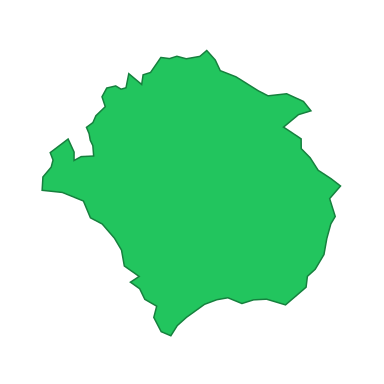 the district of Elia Lefkosias, Cyprus, rotated 350°
{"feature_id": "46923920B42441045079611", "entity_name": "Elia Lefkosias", "entity_type": "district", "adm_level": 2, "iso_a3": "CYP", "parent_name": "Cyprus", "parent_adm1": "", "projection": "mercator", "projection_center": [32.918, 35.141], "detail": "fine", "context": "isolated", "style": "filled", "palette": "green", "viewbox_px": 384, "rotation_deg": 350, "n_neighbors": 0, "source": "geoboundaries", "source_scale": "gbopen_adm2", "svg_char_len": 1132}
<svg xmlns="http://www.w3.org/2000/svg" viewBox="0 0 384 384"><g transform="rotate(350 192 192)"><path d="M44.7,164.3L64.2,169.9L83.5,182.0L87.5,199.8L98.0,207.9L107.6,224.0L112.5,237.0L112.5,253.1L125.3,266.0L115.7,270.1L123.7,278.2L126.9,289.5L137.4,298.3L132.6,308.9L137.4,324.2L146.2,329.9L154.3,321.0L164.7,314.5L184.8,304.8L197.7,302.4L209.0,302.4L221.8,310.5L233.9,308.9L246.8,310.5L254.8,314.5L264.5,319.4L287.8,305.6L291.0,295.1L299.9,289.5L311.1,276.5L316.7,261.2L323.2,247.5L328.8,241.0L326.4,222.4L339.3,211.9L331.2,203.0L320.0,192.5L314.3,178.8L307.1,168.3L308.7,158.6L293.4,144.0L310.3,134.3L323.2,132.7L317.5,122.2L302.3,111.7L283.6,110.5L274.8,103.8L255.3,86.2L240.9,77.4L237.8,66.0L231.1,55.2L223.3,59.8L209.5,59.8L200.7,55.7L193.0,56.7L184.7,54.1L178.6,60.3L171.9,67.1L164.2,68.1L161.1,77.4L150.3,64.5L145.1,77.9L140.0,78.4L135.3,74.3L126.1,74.8L119.9,82.6L121.4,92.9L110.6,100.2L106.5,106.4L99.3,110.0L100.8,116.7L100.8,123.4L102.4,129.1L101.4,139.5L89.0,137.9L81.3,140.5L82.8,132.2L79.2,118.3L59.2,128.6L60.7,136.4L57.6,143.1L47.8,151.3L44.7,164.3Z" fill="#22c55e" stroke="#15803d" stroke-width="1.5"/></g></svg>